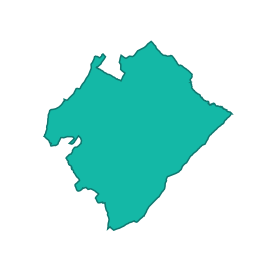 Nzega, Tabora, United Republic of Tanzania (Mercator projection), rotated 46°
{"feature_id": "72390352B4567455644907", "entity_name": "Nzega", "entity_type": "district", "adm_level": 2, "iso_a3": "TZA", "parent_name": "United Republic of Tanzania", "parent_adm1": "Tabora", "projection": "mercator", "projection_center": [33.009, -4.4], "detail": "fine", "context": "isolated", "style": "filled", "palette": "teal", "viewbox_px": 256, "rotation_deg": 46, "n_neighbors": 0, "source": "geoboundaries", "source_scale": "gbopen_adm2", "svg_char_len": 5723}
<svg xmlns="http://www.w3.org/2000/svg" viewBox="0 0 256 256"><g transform="rotate(46 128 128)"><path d="M61.1,94.7L57.4,94.6L57.2,95.9L57.9,97.0L57.9,99.4L57.5,99.8L55.8,100.2L55.1,100.5L54.6,101.1L53.9,101.3L53.5,102.5L54.9,104.7L55.5,106.5L56.1,107.9L56.4,110.0L56.7,110.5L58.8,112.2L59.6,113.1L62.6,119.8L63.3,123.6L64.5,127.2L64.8,130.4L65.6,133.3L66.3,134.9L66.1,135.6L65.5,136.2L64.4,136.9L63.7,137.9L65.2,142.3L65.6,142.9L65.6,149.1L65.9,152.1L64.9,153.2L63.0,154.0L64.5,155.1L64.2,155.8L64.8,158.0L65.1,159.9L65.0,163.1L64.0,166.6L62.6,168.9L61.3,170.6L61.1,172.2L62.3,174.0L63.2,176.2L65.2,178.2L65.7,179.2L67.2,180.7L69.5,183.4L70.1,184.9L71.1,186.1L72.4,187.0L73.8,189.8L74.7,191.1L75.0,192.6L75.7,193.6L75.8,194.1L76.1,193.9L77.7,194.0L80.3,193.8L81.1,193.6L82.1,193.6L84.4,194.6L84.9,194.1L85.8,193.9L86.1,195.3L87.3,195.9L87.6,195.7L89.3,193.1L90.1,192.5L90.4,191.9L90.8,190.3L90.8,189.4L89.8,187.7L89.8,187.1L88.3,183.0L89.0,182.1L90.4,181.0L92.0,177.7L95.4,174.3L96.6,173.8L98.3,174.1L98.3,180.9L100.5,179.6L100.9,178.6L100.9,176.4L100.5,175.4L100.4,174.4L99.8,171.9L99.3,169.1L101.8,169.0L102.8,169.3L104.9,170.3L106.2,172.4L106.4,172.4L106.5,172.9L106.4,174.2L106.6,175.5L106.3,177.8L105.8,178.7L105.1,179.3L104.9,180.4L105.4,182.9L105.6,183.5L106.7,184.7L107.0,186.8L107.2,187.1L106.6,188.0L106.3,188.9L106.4,189.5L106.4,192.6L106.5,193.1L106.7,193.5L107.5,193.5L108.8,194.0L110.4,194.0L110.8,194.2L111.0,194.8L111.3,195.1L112.6,195.5L113.1,195.9L114.4,195.7L115.2,195.3L116.6,195.5L116.7,195.8L117.3,195.8L118.0,196.1L118.3,196.6L118.0,196.8L118.8,197.2L120.0,196.8L120.5,196.8L121.1,197.1L122.2,197.9L123.2,197.8L127.5,198.8L128.8,198.6L131.1,198.8L132.0,199.2L132.2,199.5L131.9,200.8L132.1,202.2L131.9,205.0L132.1,205.6L133.0,206.3L134.1,206.6L136.7,207.8L137.2,207.8L137.6,208.0L138.7,207.7L139.7,206.2L140.0,204.7L140.1,203.7L139.8,202.4L140.1,202.4L141.6,199.5L144.4,199.4L145.9,197.0L147.1,196.5L150.2,195.5L152.0,195.4L154.8,194.9L155.1,195.1L155.4,198.7L155.8,200.1L156.1,200.2L156.7,200.2L159.4,201.2L161.1,201.4L161.8,200.7L163.7,197.9L164.2,198.3L164.5,198.3L165.9,196.6L166.4,197.2L167.6,197.8L168.2,198.5L171.8,200.6L175.1,201.4L175.8,202.6L176.3,203.1L178.6,203.9L180.5,205.0L181.8,206.6L182.7,208.2L183.5,209.2L184.1,209.9L184.8,210.4L186.5,212.7L186.6,210.4L186.7,209.6L187.9,209.7L191.6,209.2L192.7,206.4L194.2,203.4L194.8,201.4L195.6,199.2L196.1,195.8L196.7,194.6L197.0,192.9L198.1,190.8L199.1,188.1L200.1,188.1L200.7,187.7L201.4,187.5L202.0,186.4L201.9,182.0L202.1,180.3L202.1,177.8L202.5,177.4L202.1,176.9L201.0,173.1L200.2,171.5L199.1,167.5L198.8,157.5L198.8,156.1L198.7,155.1L199.0,153.7L198.9,152.9L198.7,152.4L197.6,147.9L197.7,147.2L197.3,145.1L197.3,144.6L197.1,143.9L195.7,141.9L194.0,140.1L193.4,139.2L193.0,137.8L192.6,136.9L191.5,136.2L191.3,135.8L190.4,133.5L190.4,133.2L190.7,132.8L193.8,125.3L194.8,121.9L194.6,120.4L194.8,119.7L194.8,119.2L194.6,118.1L193.3,115.4L193.4,114.8L193.2,114.3L193.2,112.0L193.6,110.4L193.6,109.8L191.8,103.2L191.7,102.0L192.0,100.9L191.8,99.9L191.8,97.3L192.1,95.7L192.1,93.3L191.9,92.6L192.0,90.6L191.8,89.1L192.0,88.4L191.9,87.2L192.0,86.4L193.1,83.8L191.8,79.9L191.6,78.6L190.6,76.7L190.0,74.1L190.3,73.0L190.1,71.6L190.2,69.0L190.1,67.4L190.3,65.2L190.1,63.4L190.2,61.8L190.6,59.7L190.5,58.0L190.9,57.2L190.9,55.6L190.1,53.9L189.9,52.7L190.1,51.4L189.8,49.9L190.1,47.2L189.9,45.4L189.5,44.2L189.6,43.6L189.9,43.4L189.0,43.3L188.3,43.5L187.6,43.4L187.4,43.5L186.9,44.0L186.0,44.4L185.5,44.9L184.9,45.1L184.3,44.8L183.9,44.7L183.7,44.4L183.3,44.6L183.1,45.0L182.6,44.9L182.0,45.3L181.6,45.3L181.2,45.9L180.9,45.9L180.5,45.7L180.3,46.0L179.9,45.8L179.2,46.1L178.7,45.6L178.4,45.6L178.5,45.8L178.2,46.1L177.9,46.0L177.6,46.3L177.5,46.1L176.9,46.3L176.8,46.5L177.0,46.9L176.3,47.3L175.6,47.5L174.8,48.1L174.5,48.1L174.3,48.3L174.4,48.5L173.7,49.1L173.0,49.3L172.5,49.3L171.0,48.9L170.5,48.9L170.4,49.4L169.9,49.2L169.6,49.3L169.3,50.0L169.5,50.4L169.3,50.9L168.8,51.1L168.6,51.7L168.9,52.0L168.7,52.1L168.6,52.9L168.3,53.2L167.8,52.9L167.6,53.1L167.2,52.9L166.7,53.2L166.3,52.9L166.1,53.1L165.7,52.1L165.0,52.1L164.9,51.8L164.7,51.8L164.2,52.1L163.3,53.2L163.0,53.4L162.3,53.3L162.0,53.6L160.9,53.9L160.5,54.2L160.0,54.0L159.4,54.1L159.1,53.9L158.2,54.1L158.1,53.8L157.5,53.6L157.2,53.6L156.8,54.0L155.7,54.0L154.4,53.3L154.0,53.3L152.4,53.8L152.1,54.1L150.8,54.2L150.4,54.5L149.8,54.3L149.4,54.6L148.9,54.6L146.9,54.4L146.5,54.7L146.2,54.7L145.6,54.5L143.6,54.3L143.3,54.2L142.5,53.1L141.5,52.8L140.8,52.1L140.6,52.2L139.7,51.6L139.3,51.5L138.8,51.1L138.7,51.2L138.8,50.7L138.5,50.8L137.7,50.3L137.1,50.2L136.9,49.9L136.5,49.9L136.0,48.5L136.1,48.1L136.0,47.3L135.6,46.3L134.8,45.8L133.9,44.6L132.0,44.8L131.5,44.7L128.4,44.8L127.4,45.1L126.2,45.1L123.5,45.8L120.6,46.0L119.0,46.8L118.6,47.9L116.1,47.8L113.9,47.1L111.9,46.9L110.7,46.6L107.7,46.3L106.4,46.3L105.4,47.1L105.4,47.9L104.8,48.3L104.0,49.6L102.5,50.4L102.1,50.4L100.2,52.1L98.4,52.3L96.8,52.5L94.7,52.1L93.4,52.3L91.0,52.3L90.1,52.2L88.4,51.3L86.2,51.4L83.7,51.1L81.8,51.2L81.5,54.1L81.3,55.0L81.6,58.3L81.4,60.5L79.2,67.5L80.1,72.5L80.1,73.8L79.8,75.1L77.5,76.9L77.2,77.6L76.7,80.5L76.2,81.2L74.4,81.8L70.9,82.4L72.4,85.1L73.9,87.2L74.7,88.6L75.2,88.6L76.3,89.0L76.8,88.8L77.1,89.0L78.1,89.8L80.8,92.6L83.2,92.5L86.3,92.0L87.0,93.8L87.3,95.6L88.8,99.0L89.2,100.3L88.2,100.4L87.6,100.7L86.0,101.7L85.3,101.6L85.0,102.1L84.7,102.3L82.1,102.6L80.7,103.3L78.9,103.5L76.4,104.4L75.2,105.4L73.1,105.8L71.7,106.5L69.6,106.6L69.1,106.9L68.7,106.8L67.9,107.1L67.4,107.4L66.4,107.4L65.8,107.6L65.4,108.1L64.7,108.0L64.4,108.3L63.5,108.4L62.7,108.8L62.4,108.6L62.4,108.1L62.9,106.9L63.1,102.9L62.5,101.6L61.8,97.2L61.1,94.7Z" fill="#14b8a6" stroke="#0f766e" stroke-width="1.5"/></g></svg>